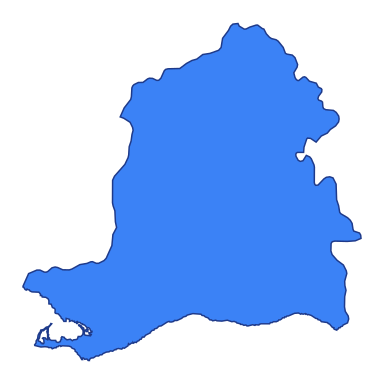 outline of Baní, Peravia, Dominican Republic
{"feature_id": "3306468B54911085338541", "entity_name": "Baní", "entity_type": "district", "adm_level": 2, "iso_a3": "DOM", "parent_name": "Dominican Republic", "parent_adm1": "Peravia", "projection": "natural_earth1", "projection_center": [-70.434, 18.349], "detail": "fine", "context": "isolated", "style": "filled", "palette": "blue", "viewbox_px": 384, "rotation_deg": 0, "n_neighbors": 0, "source": "geoboundaries", "source_scale": "gbopen_adm2", "svg_char_len": 5856}
<svg xmlns="http://www.w3.org/2000/svg" viewBox="0 0 384 384"><path d="M23.0,286.2L23.1,287.1L23.6,287.1L25.1,289.5L26.2,290.1L26.7,289.2L27.4,289.2L27.9,289.8L29.2,289.8L30.0,291.0L32.0,291.9L38.9,292.2L40.4,294.0L40.4,295.5L41.7,295.5L42.2,297.0L45.8,297.3L48.1,298.8L48.9,300.6L48.9,303.9L51.2,304.2L52.4,307.5L54.5,308.4L55.2,309.6L55.0,312.7L55.5,313.3L58.3,313.9L60.9,316.9L61.4,318.4L62.6,319.0L63.9,321.4L66.0,321.4L66.2,318.4L69.5,319.3L69.5,321.4L72.1,320.5L73.1,321.4L74.1,321.1L74.6,322.3L75.9,322.3L76.7,323.5L77.2,323.5L76.7,322.6L76.7,321.7L77.2,321.4L78.0,322.3L80.2,322.6L81.3,323.8L82.5,323.8L82.5,324.4L84.6,325.0L87.1,327.7L88.7,327.7L89.9,328.9L90.7,331.0L92.0,331.3L91.7,332.5L88.9,332.8L89.2,334.0L91.2,334.6L90.5,335.8L85.1,335.2L84.3,334.0L84.6,330.4L84.1,330.1L83.6,328.0L82.0,327.1L81.3,325.9L79.0,324.7L78.7,325.6L80.2,326.5L83.1,330.4L83.1,332.8L84.1,333.4L84.1,334.0L82.8,334.0L82.5,334.9L80.8,336.5L78.2,336.5L77.4,338.9L76.4,339.5L73.6,339.8L72.3,340.7L70.3,339.2L67.0,339.8L64.7,338.3L64.4,337.4L61.9,336.7L61.1,338.0L61.6,339.2L60.6,340.1L60.3,341.6L58.0,342.5L56.3,341.9L55.7,340.4L51.4,340.4L49.6,339.5L49.4,338.0L48.3,337.1L48.6,334.6L47.6,334.3L47.6,337.1L48.1,337.4L47.6,338.3L48.1,338.9L47.8,339.8L45.8,338.9L45.5,338.0L43.2,337.7L42.5,338.3L43.8,339.5L44.0,342.8L43.5,343.7L42.2,343.7L42.2,343.1L40.9,342.8L40.2,341.6L38.4,341.0L38.4,339.8L39.4,338.0L40.2,334.0L41.2,332.5L41.5,331.0L43.5,330.7L45.5,328.9L47.1,328.6L47.3,330.7L46.8,331.9L47.3,332.2L47.3,333.1L48.1,333.1L48.3,327.7L51.7,323.8L50.9,323.5L49.9,325.3L48.1,326.8L46.3,327.1L43.5,329.5L40.7,330.1L40.2,331.9L38.9,333.4L39.2,334.6L38.4,334.6L38.1,335.2L37.6,338.6L36.1,341.0L36.1,342.8L34.6,344.9L34.8,345.5L40.9,347.0L45.0,346.7L47.8,347.0L48.6,347.6L51.4,347.6L52.2,348.8L55.0,347.6L56.0,347.9L56.8,346.7L58.0,346.7L58.8,345.8L60.6,345.8L60.8,346.4L62.4,345.8L68.8,346.1L70.8,346.7L72.1,348.2L74.4,349.1L75.1,350.0L75.1,351.2L77.2,352.7L77.4,353.9L79.7,356.0L81.8,359.6L82.5,359.6L82.0,358.1L83.6,358.1L84.6,359.3L86.9,359.0L88.2,360.5L89.4,360.5L89.4,359.6L91.0,358.1L93.5,357.8L96.1,356.0L98.6,356.0L100.2,354.8L101.9,354.8L103.0,353.6L106.3,352.1L109.1,351.8L110.4,350.9L112.7,351.2L114.7,349.7L116.0,349.7L116.2,349.1L118.3,348.5L121.8,349.1L122.9,347.9L124.4,348.2L128.0,345.8L128.5,343.7L129.5,344.6L131.5,343.1L133.1,343.1L133.1,342.5L133.6,343.1L134.9,342.2L136.4,342.5L137.2,341.3L138.9,340.7L139.7,339.5L141.2,339.2L142.3,337.1L144.1,337.1L145.6,335.2L150.4,332.8L150.4,332.2L152.2,330.4L154.0,330.1L154.5,328.9L156.8,328.3L158.9,326.2L161.2,325.9L167.3,322.0L169.1,321.4L169.8,322.0L171.6,322.0L173.7,321.4L174.4,320.5L177.0,320.5L181.6,318.4L183.4,316.9L185.9,316.3L187.2,315.1L192.8,313.6L201.0,314.2L202.0,315.4L204.0,315.7L205.3,316.9L207.9,317.8L209.9,319.9L211.4,319.9L212.7,320.8L215.8,320.2L216.8,320.8L221.9,321.1L227.3,320.2L231.8,321.7L234.1,321.4L236.4,322.3L236.7,322.9L240.3,323.8L240.5,324.4L242.3,324.4L243.8,325.3L245.9,325.0L246.9,325.9L248.2,325.9L252.8,324.7L254.3,325.3L255.1,325.3L255.3,324.7L258.9,325.0L259.2,324.4L260.9,323.8L269.6,323.8L270.4,322.6L272.2,322.6L273.4,321.7L276.3,321.7L278.3,320.8L278.8,319.9L280.1,319.9L281.6,319.0L282.6,317.8L284.4,317.8L284.7,316.9L286.2,316.9L287.0,316.0L288.3,316.0L294.6,313.3L298.5,313.0L300.8,314.2L301.5,313.6L303.1,314.2L305.3,313.6L305.6,314.2L306.1,313.9L307.6,314.8L308.4,314.5L311.2,315.4L315.8,318.4L317.6,318.7L317.9,319.6L320.2,320.2L321.4,321.7L327.6,322.6L328.1,323.5L329.6,324.1L332.4,327.4L333.9,327.7L333.7,328.3L334.2,329.2L336.7,330.1L336.7,329.5L338.3,328.9L338.8,327.7L340.1,327.7L340.6,326.8L342.4,326.2L343.1,325.0L347.5,322.9L348.7,319.0L348.2,316.0L345.3,311.4L344.5,306.9L344.7,296.6L346.0,290.3L344.9,285.6L344.7,281.2L346.8,273.5L346.3,270.8L343.4,265.0L337.1,260.3L332.1,254.6L330.9,250.9L331.1,243.4L332.3,241.7L334.8,241.1L347.3,241.4L355.3,240.8L361.0,238.4L360.7,235.1L359.5,233.0L353.8,231.1L353.0,229.3L352.1,223.4L350.3,220.3L347.7,217.8L340.8,213.7L339.7,212.3L338.6,205.7L336.6,199.7L336.1,184.1L333.0,177.9L329.8,176.8L326.3,177.3L323.9,178.9L318.0,185.1L315.7,185.3L314.8,184.4L314.3,182.5L314.4,167.2L314.0,164.9L311.3,158.8L309.7,156.9L306.3,155.4L303.0,160.7L300.3,161.4L298.2,160.3L296.0,156.3L295.8,154.3L296.3,153.1L297.4,152.4L303.6,152.4L304.0,147.2L306.7,139.0L307.5,138.1L310.6,138.4L316.1,142.1L321.3,136.0L327.3,133.1L330.3,129.5L335.6,125.9L338.6,121.9L339.1,119.0L338.7,116.1L336.2,112.4L333.4,110.4L325.8,109.7L323.6,108.6L322.9,106.9L322.5,102.1L321.5,101.1L318.7,100.1L317.9,98.6L318.6,96.2L321.7,92.0L321.9,89.6L321.3,88.6L318.3,87.1L316.3,83.2L309.4,81.2L306.0,77.5L304.6,76.8L303.0,77.1L298.8,80.5L297.7,80.5L296.3,79.6L295.0,77.5L293.8,72.8L297.1,67.2L297.6,64.5L295.0,57.7L292.3,55.1L286.9,54.1L285.4,53.3L283.2,47.4L278.1,41.1L276.0,39.7L271.6,38.6L269.5,37.3L266.3,33.8L263.9,29.1L262.2,28.5L257.7,25.1L256.1,25.1L249.8,27.1L246.1,29.0L244.2,29.1L239.2,26.1L238.0,23.5L232.9,24.1L230.6,26.2L228.5,30.4L222.6,38.3L221.1,47.5L218.6,50.3L209.9,53.4L202.8,54.5L196.8,59.1L191.9,60.5L186.4,63.5L179.8,68.5L168.0,68.8L165.6,69.4L164.3,70.7L160.9,78.2L158.7,80.3L156.8,80.4L152.6,78.4L149.4,78.2L147.6,78.9L143.0,82.4L138.3,82.5L134.0,84.6L132.7,86.0L131.9,87.9L131.4,96.7L130.7,99.5L124.2,107.9L120.2,116.9L123.7,118.2L130.1,122.3L132.6,127.5L133.1,130.3L132.0,134.5L131.1,141.0L129.2,146.7L128.7,154.9L128.1,157.6L124.9,164.4L114.5,176.2L112.6,180.3L112.5,202.8L113.1,205.8L114.9,210.9L115.4,221.9L116.6,227.5L112.9,234.6L111.9,245.6L106.2,258.3L104.0,260.6L98.6,263.3L96.2,263.3L92.6,261.7L90.8,261.8L87.0,263.4L79.9,264.6L71.8,269.1L69.2,269.9L62.8,269.8L57.6,267.5L55.1,267.0L52.0,267.8L47.8,271.5L46.1,272.2L44.3,272.1L40.0,270.1L36.8,270.1L28.6,273.6L23.0,286.2ZM86.9,328.9L85.3,330.4L86.4,331.6L87.4,331.6L87.9,331.3L87.6,330.7L88.2,329.8L86.9,328.9Z" fill="#3b82f6" stroke="#1e3a8a" stroke-width="1.5"/></svg>